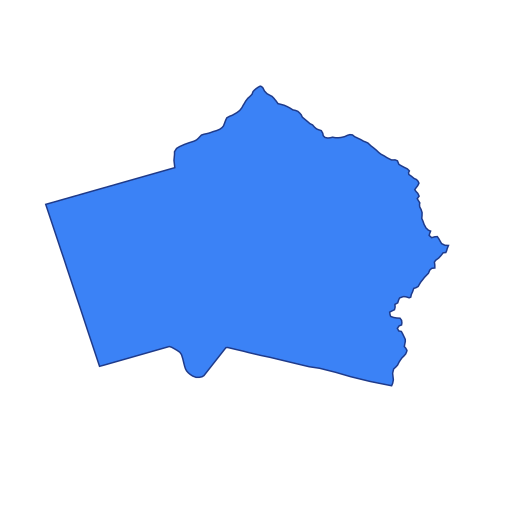 the district of Nyatike, Nyanza, Kenya, rotated 344°
{"feature_id": "3690345B78921482472620", "entity_name": "Nyatike", "entity_type": "district", "adm_level": 2, "iso_a3": "KEN", "parent_name": "Kenya", "parent_adm1": "Nyanza", "projection": "mercator", "projection_center": [34.221, -0.928], "detail": "fine", "context": "isolated", "style": "filled", "palette": "blue", "viewbox_px": 512, "rotation_deg": 344, "n_neighbors": 0, "source": "geoboundaries", "source_scale": "gbopen_adm2", "svg_char_len": 3645}
<svg xmlns="http://www.w3.org/2000/svg" viewBox="0 0 512 512"><g transform="rotate(344 256 256)"><path d="M307.8,94.5L306.9,93.9L306.1,94.0L304.1,94.5L302.1,95.2L300.2,96.1L298.5,97.1L297.3,98.7L296.9,99.3L296.2,99.8L293.9,101.1L291.7,102.1L288.7,104.3L287.0,106.0L285.2,107.6L283.4,109.5L280.5,111.6L277.2,112.9L274.8,113.5L271.9,114.2L269.2,114.4L266.1,115.1L264.6,116.7L263.0,118.8L262.6,119.4L261.9,120.3L260.6,122.0L258.8,123.2L256.1,124.2L252.6,124.6L249.5,124.6L247.8,124.7L246.9,124.8L244.7,124.9L242.0,124.8L239.7,124.6L236.9,124.7L235.0,125.8L233.0,127.0L230.9,128.0L228.4,128.5L225.9,128.6L222.5,128.7L218.1,129.0L212.5,129.8L209.3,130.7L206.4,133.3L205.8,135.5L205.4,136.6L205.0,137.6L203.5,141.5L202.3,148.7L68.1,148.4L68.9,167.2L69.9,190.7L70.1,196.0L70.3,200.2L70.5,204.2L70.6,206.4L70.8,212.1L70.9,215.0L71.2,222.0L71.6,232.0L72.2,246.6L72.6,254.8L73.6,280.7L75.2,318.9L79.4,319.0L147.7,319.1L149.7,320.4L151.8,322.5L154.1,324.9L156.3,327.6L157.2,330.3L157.3,334.5L157.1,339.1L157.0,342.4L157.1,345.0L157.6,347.3L158.7,349.6L160.1,351.7L162.0,353.9L164.9,356.1L168.1,357.0L170.9,357.2L173.0,356.6L201.8,335.8L203.5,336.1L211.5,340.6L217.8,344.1L222.3,346.8L233.4,353.0L241.8,357.4L250.6,362.4L263.3,369.6L276.6,377.1L286.1,381.4L300.4,389.7L313.7,398.1L331.2,408.1L350.6,418.1L352.3,416.0L353.9,412.9L354.5,409.3L355.0,406.4L356.1,404.4L357.2,402.5L359.7,401.3L362.0,399.9L364.1,397.6L366.0,395.9L368.3,394.1L370.6,392.9L372.9,391.4L374.5,389.4L375.1,388.3L374.5,385.8L373.6,384.0L374.6,381.9L376.0,379.2L376.5,377.2L376.0,374.2L375.5,371.2L374.9,368.6L372.6,367.4L371.9,364.5L374.3,362.6L376.9,362.4L377.8,360.5L378.2,358.0L377.3,355.5L374.2,354.4L371.3,353.0L368.8,351.2L368.7,350.4L368.7,349.0L369.0,346.8L371.9,346.2L374.3,345.8L375.4,343.9L375.7,343.2L376.2,340.8L379.3,340.1L380.7,338.0L381.2,337.3L382.5,335.9L383.9,335.8L385.2,335.7L386.1,335.6L387.3,335.9L389.0,336.6L391.7,338.4L392.5,338.3L393.4,338.2L394.7,335.8L396.6,333.6L398.7,330.6L400.9,330.6L403.5,330.0L405.4,328.1L407.4,326.3L409.7,324.7L412.0,323.0L414.4,321.6L417.0,320.1L419.2,317.4L421.6,316.3L424.6,316.8L425.4,313.9L425.8,311.0L427.6,309.6L431.1,308.3L434.0,306.5L436.8,304.5L439.4,305.0L440.6,303.6L441.9,301.5L443.9,298.9L440.6,297.8L437.8,295.2L437.1,292.5L436.5,289.9L435.6,287.3L433.1,286.8L429.9,286.8L428.1,283.9L429.3,282.0L430.7,280.2L428.8,278.7L427.0,275.6L426.9,274.6L426.3,272.1L426.1,268.6L425.7,265.6L426.7,263.0L427.6,260.1L427.5,256.8L426.9,253.9L427.3,251.8L427.6,250.9L428.1,250.2L427.0,246.2L426.8,245.3L429.3,243.4L428.8,240.4L427.6,238.1L426.9,236.0L428.6,234.6L430.9,232.9L432.7,230.9L432.3,228.6L431.3,226.7L429.3,225.0L427.3,222.1L425.4,219.8L425.6,217.9L426.9,216.5L426.4,215.6L425.5,214.0L424.9,213.4L423.1,211.8L420.8,209.6L418.6,207.3L418.2,203.5L416.3,202.0L412.7,201.0L410.5,199.0L408.9,197.5L406.9,195.2L404.1,192.5L402.5,190.3L400.9,187.5L398.7,184.3L396.9,181.9L394.7,178.2L392.4,176.3L391.7,175.8L391.0,175.3L389.9,174.1L388.5,172.7L387.0,171.4L385.3,169.9L383.7,168.5L382.1,166.2L379.7,165.2L377.3,165.2L374.0,165.7L370.4,165.5L367.5,165.0L364.7,164.1L362.4,162.9L359.9,162.8L357.5,162.4L354.9,161.0L353.8,158.9L354.0,156.4L353.3,153.5L351.3,152.1L350.6,151.6L349.8,151.0L348.8,149.9L347.7,148.2L346.5,145.6L344.3,143.6L342.9,141.4L341.2,138.9L339.8,136.8L339.1,135.8L338.7,135.0L338.4,132.8L337.5,130.8L336.1,128.5L334.0,126.9L331.7,125.7L329.4,123.1L327.2,121.0L324.7,118.9L321.6,117.0L319.1,115.6L318.9,114.9L318.2,113.0L317.9,112.1L317.2,110.7L316.9,109.8L316.5,109.0L315.4,107.0L313.5,105.2L311.3,103.0L309.6,99.7L309.0,96.4L308.7,95.7L307.8,94.5Z" fill="#3b82f6" stroke="#1e3a8a" stroke-width="1.5"/></g></svg>